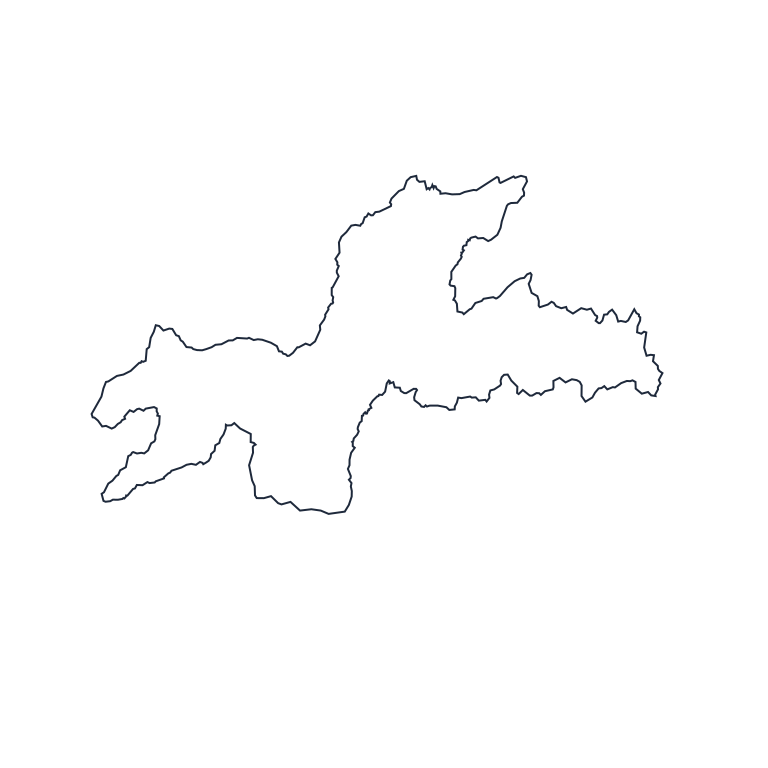 the district of Parinacochas, Ayacucho, Peru, rotated 33°
{"feature_id": "86281439B29784244980740", "entity_name": "Parinacochas", "entity_type": "district", "adm_level": 2, "iso_a3": "PER", "parent_name": "Peru", "parent_adm1": "Ayacucho", "projection": "equal_earth", "projection_center": [-73.675, -15.069], "detail": "fine", "context": "isolated", "style": "outline", "palette": "slate", "viewbox_px": 768, "rotation_deg": 33, "n_neighbors": 0, "source": "geoboundaries", "source_scale": "gbopen_adm2", "svg_char_len": 6165}
<svg xmlns="http://www.w3.org/2000/svg" viewBox="0 0 768 768"><g transform="rotate(33 384 384)"><path d="M390.4,133.2L385.5,134.8L381.7,139.7L379.7,139.3L372.2,151.9L371.1,152.0L367.7,148.7L366.0,148.9L356.0,171.2L353.5,172.4L347.0,179.1L344.1,183.5L337.8,187.9L331.7,190.5L327.7,193.7L326.3,191.8L321.9,191.7L319.7,190.1L318.5,190.6L318.9,192.7L316.2,190.8L316.7,192.8L315.9,194.7L316.2,196.0L314.4,195.6L313.7,197.4L307.7,191.8L303.6,195.2L300.4,194.7L297.7,191.9L293.7,196.0L292.4,201.1L294.4,209.5L291.4,214.1L289.3,224.4L290.1,228.6L292.1,229.3L292.9,231.0L286.2,242.0L283.1,244.6L282.8,248.5L281.3,249.6L278.0,249.5L278.2,253.1L277.0,254.7L278.5,260.7L277.7,262.4L277.9,264.2L273.4,266.1L270.3,269.0L269.7,277.1L268.1,283.6L269.1,289.8L275.2,298.1L275.1,305.6L278.6,307.3L279.8,309.4L281.8,309.7L282.7,314.7L283.8,316.3L287.3,318.3L288.3,330.9L287.8,331.8L291.7,337.9L294.1,338.8L295.4,341.9L297.0,343.4L297.0,344.5L295.9,345.5L295.5,350.3L296.8,351.6L296.9,358.0L298.0,359.2L298.7,362.6L298.3,369.8L301.0,373.2L303.0,385.8L300.9,391.8L296.3,392.8L292.5,399.7L291.3,400.4L290.7,407.4L289.1,411.9L287.7,413.1L285.5,412.6L282.9,413.5L280.7,412.5L278.1,413.8L273.6,410.6L266.6,411.0L257.8,413.2L253.8,415.2L250.8,418.1L245.6,418.8L244.5,420.4L235.6,425.4L233.4,429.8L230.0,432.1L226.0,439.2L221.3,442.9L219.4,447.0L215.8,451.7L213.1,454.8L208.7,457.4L205.0,458.6L202.8,458.2L198.2,460.6L192.2,458.1L189.7,458.1L185.9,455.6L183.1,456.3L176.5,453.1L173.7,454.5L169.9,459.3L163.9,457.8L160.6,459.0L162.5,465.6L163.2,472.4L167.0,481.0L166.0,484.0L171.5,494.3L169.9,496.6L168.3,496.9L168.4,498.8L167.2,499.5L164.4,511.0L160.3,518.0L155.6,522.7L151.4,532.0L149.7,533.7L151.1,540.5L153.9,548.5L155.1,568.4L157.8,570.6L159.5,569.9L164.1,570.5L170.8,573.1L173.7,570.5L179.9,569.7L181.7,566.8L182.5,562.5L184.0,559.5L184.0,557.0L185.8,554.2L184.0,552.8L185.1,544.5L189.2,543.8L190.6,539.6L192.1,538.0L196.9,537.4L197.6,534.4L203.7,528.6L206.7,528.3L208.2,530.7L210.5,532.0L211.1,534.0L213.4,533.2L217.3,540.1L220.0,551.5L222.3,554.8L222.7,557.2L221.0,560.6L222.3,568.1L220.7,572.8L217.9,573.9L214.7,576.8L210.7,577.7L210.1,578.9L210.2,581.4L208.8,583.8L212.8,594.4L209.7,600.1L210.6,605.0L209.6,606.9L208.9,613.0L207.0,617.7L208.1,627.3L207.0,629.9L212.4,634.8L214.6,634.4L218.2,631.4L219.6,628.7L224.0,625.9L227.3,622.8L227.5,621.6L228.6,621.4L229.0,618.6L228.5,618.0L229.6,617.3L230.7,608.7L232.0,607.2L231.7,603.3L236.6,600.4L239.0,595.1L241.3,594.8L245.3,591.5L245.6,589.9L250.9,583.0L250.2,582.2L251.8,576.4L252.9,574.8L253.0,572.5L259.7,564.2L262.4,559.3L265.9,555.9L270.3,554.2L272.1,549.6L274.8,549.0L276.1,549.7L277.5,546.9L278.8,543.9L278.6,539.9L277.1,536.9L278.3,532.3L275.9,527.3L278.0,523.2L276.7,519.2L276.9,513.7L275.6,507.7L273.6,504.3L275.1,504.2L278.5,501.7L279.7,498.3L287.5,499.7L299.5,498.5L303.8,505.3L307.0,504.3L309.3,504.8L308.3,506.6L308.3,508.3L311.6,513.0L315.1,525.6L325.8,536.6L331.2,540.1L336.5,547.7L339.4,549.0L345.4,545.2L350.3,539.6L360.1,541.6L363.6,540.8L369.8,533.8L382.5,535.9L391.3,528.6L399.9,524.6L408.3,523.1L420.6,512.4L420.4,504.6L418.2,496.0L415.3,491.3L412.0,488.0L410.7,484.8L406.7,483.4L407.2,481.1L406.3,479.3L400.0,474.9L399.3,470.9L396.3,466.2L393.9,459.6L394.2,453.4L391.6,453.1L389.7,450.1L388.8,449.9L389.3,448.5L388.3,446.1L389.1,441.2L388.6,437.5L386.4,436.1L385.6,434.4L384.7,429.6L385.5,427.3L382.8,422.7L383.7,421.8L383.1,420.2L383.6,418.0L385.1,418.7L385.8,418.0L385.0,415.3L385.6,414.3L384.9,413.7L386.4,410.9L383.6,409.1L383.7,404.0L385.1,397.9L385.9,397.2L385.7,395.6L388.4,394.2L389.1,389.8L386.0,382.0L386.1,378.4L387.4,378.5L388.5,380.4L390.8,377.4L394.9,381.0L399.3,378.5L401.9,380.7L405.9,380.6L407.6,379.6L411.5,371.9L413.6,370.6L415.0,371.1L415.0,373.6L416.5,378.7L418.4,381.0L425.0,381.5L427.6,382.5L430.1,381.4L430.5,379.2L432.3,379.5L433.9,377.4L440.7,372.9L449.0,369.5L452.9,370.2L457.1,366.8L455.6,364.2L455.3,360.0L453.6,355.0L456.6,353.7L463.1,347.6L465.0,347.6L468.2,345.2L472.6,346.3L477.6,342.1L479.6,342.8L480.0,338.2L477.9,335.7L476.7,331.5L479.4,328.5L482.2,322.1L482.2,320.3L480.0,317.8L479.0,314.2L479.7,310.9L482.6,308.7L488.9,311.8L497.3,313.6L500.5,319.0L502.4,319.1L503.7,313.4L512.6,314.3L514.6,313.0L516.8,308.6L519.2,307.2L521.5,307.7L522.9,302.4L528.5,296.6L528.0,294.5L524.4,289.2L527.9,283.2L535.4,283.8L539.0,277.7L543.5,275.8L547.0,275.6L550.5,277.5L556.2,286.5L562.6,289.1L566.1,281.8L565.7,276.4L566.4,270.8L568.6,269.0L569.9,265.8L574.2,266.9L577.6,262.0L579.6,261.1L582.4,254.1L586.0,249.2L589.0,247.5L590.4,245.6L593.8,245.3L597.6,250.8L605.5,251.7L609.8,246.9L614.3,248.0L618.3,246.2L617.2,245.2L616.7,239.2L615.4,237.5L615.6,233.0L612.3,231.0L611.6,223.2L607.8,223.1L605.5,222.1L603.8,219.7L597.2,218.4L594.7,212.8L591.7,214.3L588.8,217.3L582.3,211.7L575.9,197.9L573.6,198.5L572.4,201.7L568.1,202.8L565.2,197.5L564.3,191.4L562.6,188.5L560.9,188.4L560.0,186.9L557.2,187.1L553.2,185.0L554.1,197.7L553.0,200.3L548.3,202.1L546.4,204.1L541.3,199.8L534.8,197.4L533.4,201.0L533.3,204.0L530.8,206.0L532.6,211.8L532.0,215.3L530.9,216.0L527.1,215.7L526.7,212.2L525.7,211.0L523.5,211.2L516.5,208.0L513.7,211.2L508.1,213.0L504.1,222.0L497.2,222.1L494.8,220.2L491.4,223.9L485.9,225.0L482.2,223.5L479.7,223.8L478.2,228.1L472.9,234.7L471.1,234.1L468.7,230.1L464.8,226.8L458.2,227.2L450.8,221.2L450.3,217.0L448.3,212.0L446.3,211.2L444.3,214.1L443.8,218.6L440.8,221.3L437.6,226.6L434.9,235.6L433.3,247.1L432.1,250.3L431.4,251.3L428.3,251.7L421.1,258.3L420.7,261.2L416.5,266.3L416.3,273.2L415.2,274.6L412.9,282.0L410.8,281.4L406.1,283.2L401.4,277.0L398.0,275.3L396.3,275.6L395.9,271.7L391.6,264.8L389.8,263.6L386.3,265.2L384.7,264.8L383.2,261.1L383.4,259.4L379.4,253.3L379.6,245.6L380.4,243.6L379.7,241.8L380.2,237.0L379.9,235.0L378.6,234.4L378.3,232.5L377.3,231.7L378.1,231.0L378.2,228.4L376.7,228.5L375.5,225.9L375.7,224.5L377.5,222.7L376.1,219.9L376.7,218.3L376.1,217.2L377.6,216.8L377.0,215.0L377.5,213.7L380.5,210.5L383.5,210.7L387.7,207.5L393.5,207.4L395.2,204.7L397.8,197.1L396.7,189.5L394.2,183.4L390.0,167.6L390.2,165.7L391.9,163.1L397.1,159.4L397.7,151.8L398.8,149.8L397.3,147.2L394.3,145.0L393.6,136.2L390.4,133.2Z" fill="none" stroke="#1e293b" stroke-width="2"/></g></svg>